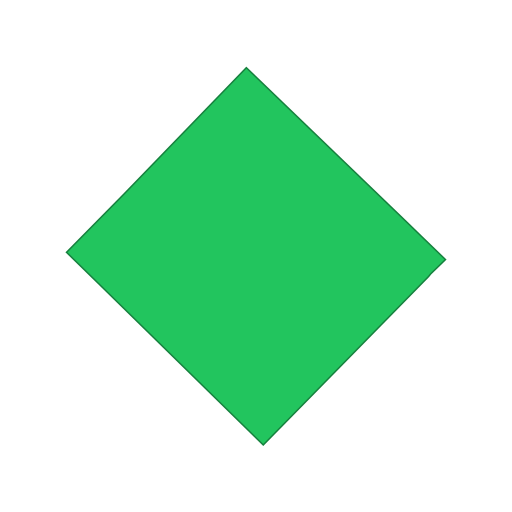 Coryell, Texas, United States of America, rotated 255°
{"feature_id": "52423323B99652996528900", "entity_name": "Coryell", "entity_type": "district", "adm_level": 2, "iso_a3": "USA", "parent_name": "United States of America", "parent_adm1": "Texas", "projection": "orthographic", "projection_center": [-97.842, 31.39], "detail": "fine", "context": "isolated", "style": "filled", "palette": "green", "viewbox_px": 512, "rotation_deg": 255, "n_neighbors": 0, "source": "geoboundaries", "source_scale": "gbopen_adm2", "svg_char_len": 299}
<svg xmlns="http://www.w3.org/2000/svg" viewBox="0 0 512 512"><g transform="rotate(255 256 256)"><path d="M71.6,214.1L191.5,417.4L193.5,420.1L203.5,438.1L233.0,420.4L253.4,408.2L440.4,295.4L349.6,143.8L308.6,73.9L271.7,95.8L71.6,214.1Z" fill="#22c55e" stroke="#15803d" stroke-width="1.5"/></g></svg>